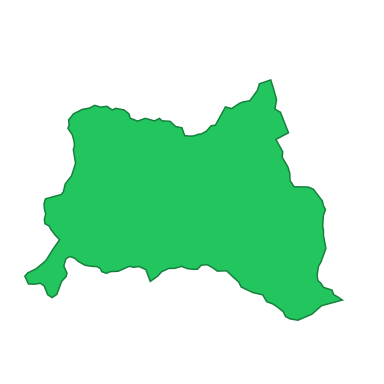 Vale Verde, Rio Grande do Sul, Brazil (Albers equal-area conic projection), rotated 95°
{"feature_id": "56859067B99392255338401", "entity_name": "Vale Verde", "entity_type": "district", "adm_level": 2, "iso_a3": "BRA", "parent_name": "Brazil", "parent_adm1": "Rio Grande do Sul", "projection": "albers", "projection_center": [-52.105, -29.83], "detail": "fine", "context": "isolated", "style": "filled", "palette": "green", "viewbox_px": 384, "rotation_deg": 95, "n_neighbors": 0, "source": "geoboundaries", "source_scale": "gbopen_adm2", "svg_char_len": 1954}
<svg xmlns="http://www.w3.org/2000/svg" viewBox="0 0 384 384"><g transform="rotate(95 192 192)"><path d="M286.5,32.8L283.5,38.3L281.9,41.9L277.6,43.9L275.5,52.7L271.4,55.9L269.3,58.8L264.2,60.1L255.3,59.6L250.2,57.3L236.5,53.7L224.1,57.2L218.6,57.7L214.7,58.8L204.0,59.1L197.8,57.5L194.3,59.8L189.5,61.4L178.6,71.4L176.9,76.7L177.9,90.7L172.1,95.3L164.5,96.3L158.6,98.7L149.5,105.2L144.0,105.1L132.3,113.0L124.6,101.0L104.8,110.9L102.2,116.6L92.6,115.8L82.5,119.6L73.5,123.3L78.3,134.3L84.9,135.6L96.0,142.3L97.9,149.2L99.5,152.4L105.5,159.9L104.3,166.1L123.4,174.5L124.3,178.7L130.1,182.9L133.3,187.7L134.1,191.2L135.9,194.9L136.5,198.8L136.5,204.1L133.1,205.7L128.9,207.6L128.2,214.0L123.5,220.0L123.7,228.1L121.5,230.8L124.5,235.5L123.3,241.4L122.7,245.1L126.1,252.4L123.8,260.1L119.8,261.5L116.2,266.6L115.3,275.4L117.3,278.6L114.0,284.2L115.4,290.1L114.2,296.6L117.3,301.4L119.3,308.6L124.4,316.8L131.0,321.2L136.1,320.2L139.3,321.2L145.5,316.2L151.6,313.9L156.3,313.1L160.1,313.9L173.6,310.5L186.4,313.4L195.0,319.0L203.2,320.2L205.9,322.1L211.6,337.4L216.7,338.4L222.4,337.4L226.7,335.8L231.9,336.7L236.4,335.8L238.2,331.5L241.5,329.4L246.5,324.9L251.1,319.8L261.7,325.8L273.1,331.6L282.1,340.6L286.9,348.6L290.4,351.2L297.9,346.9L297.5,340.6L296.2,335.1L298.3,331.2L306.9,326.8L309.4,322.2L305.8,317.7L292.5,314.1L287.2,310.0L283.6,309.5L276.8,313.3L269.4,311.7L266.9,308.0L268.3,302.9L271.2,299.0L274.3,292.2L274.8,285.4L274.6,280.1L276.2,276.6L279.2,275.0L280.5,270.3L278.4,266.2L277.4,258.7L271.5,248.0L272.1,243.8L270.9,238.3L273.3,231.2L284.7,225.8L279.0,219.0L274.1,215.3L270.2,208.6L269.6,202.6L267.0,196.1L268.8,189.6L268.9,183.9L268.5,179.9L264.1,176.4L263.1,170.4L266.0,164.1L268.6,159.9L267.5,150.7L273.8,142.8L277.6,137.6L282.4,134.7L286.9,122.5L288.3,112.6L294.8,108.0L296.4,102.0L299.2,96.7L303.4,90.6L307.9,87.9L309.9,83.2L310.5,75.3L303.2,61.8L294.0,53.1L286.5,32.8Z" fill="#22c55e" stroke="#15803d" stroke-width="1.5"/></g></svg>